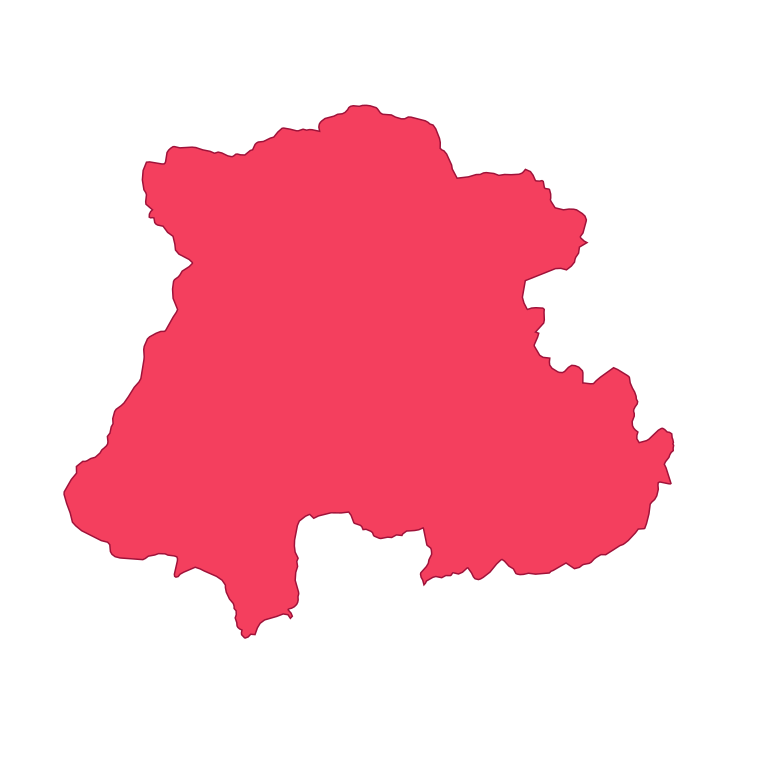 Ba Be, Bắc Kạn, Vietnam, rotated 189°
{"feature_id": "81297802B36883846114124", "entity_name": "Ba Be", "entity_type": "district", "adm_level": 2, "iso_a3": "VNM", "parent_name": "Vietnam", "parent_adm1": "Bắc Kạn", "projection": "robinson", "projection_center": [105.701, 22.41], "detail": "fine", "context": "isolated", "style": "filled", "palette": "rose", "viewbox_px": 768, "rotation_deg": 189, "n_neighbors": 0, "source": "geoboundaries", "source_scale": "gbopen_adm2", "svg_char_len": 6145}
<svg xmlns="http://www.w3.org/2000/svg" viewBox="0 0 768 768"><g transform="rotate(189 384 384)"><path d="M682.7,224.9L678.7,216.3L673.8,207.6L670.1,198.8L666.3,195.7L659.7,191.8L638.8,185.1L632.2,184.5L629.7,182.4L628.0,175.7L626.0,173.2L622.6,171.4L617.5,170.9L594.7,172.8L592.5,174.3L589.8,177.1L583.6,179.3L580.2,181.2L573.6,182.0L570.7,181.2L564.3,181.4L561.6,180.9L560.6,179.1L560.4,176.9L561.3,163.3L560.7,161.3L559.3,160.7L557.2,161.6L555.6,164.3L552.4,166.8L541.8,173.5L536.6,172.6L532.3,171.2L519.3,167.8L513.2,164.9L509.2,160.6L508.8,158.1L507.2,153.7L503.0,147.5L498.5,143.6L497.3,141.1L496.9,138.8L494.6,136.9L493.8,133.0L494.4,129.7L492.1,125.3L491.3,122.1L490.2,120.7L488.3,119.5L485.8,118.8L485.9,116.0L485.4,114.1L482.1,111.5L481.3,111.4L478.6,112.9L476.5,116.0L472.2,116.3L470.9,123.3L468.9,128.3L465.0,132.3L453.5,137.7L447.6,141.1L442.8,141.1L439.8,137.9L438.2,140.3L440.0,143.2L443.3,145.9L443.4,146.4L442.4,147.2L440.2,148.1L437.7,150.0L435.8,152.6L435.1,154.9L435.0,157.3L435.7,160.5L435.4,163.4L435.9,165.2L441.0,176.2L441.7,184.1L440.8,190.3L442.4,195.1L441.6,198.5L445.5,204.1L447.2,210.0L447.9,215.9L447.4,230.7L446.2,235.4L440.9,241.1L437.4,243.4L436.8,243.5L432.4,240.4L428.0,243.5L416.2,248.5L406.0,250.0L398.8,252.0L396.0,249.2L392.1,242.3L391.4,241.8L385.1,240.7L383.5,239.5L381.9,236.9L379.0,237.7L374.0,236.5L372.1,235.4L370.6,232.8L369.8,232.2L364.5,230.9L363.0,230.9L356.4,233.3L352.4,233.6L348.1,236.9L342.6,237.2L342.0,238.9L338.7,242.3L330.8,244.1L326.8,245.5L322.9,248.0L322.3,247.2L316.7,232.3L316.3,231.5L312.3,229.3L311.4,227.8L310.7,225.3L310.3,223.2L312.1,217.4L312.2,213.8L313.6,210.3L318.1,203.3L318.2,201.9L317.1,198.9L315.1,196.4L313.1,191.9L311.9,193.8L311.2,196.1L305.5,200.7L302.7,202.0L296.7,201.7L293.0,204.5L288.6,205.1L287.7,205.8L286.7,208.1L286.1,208.4L280.7,208.0L277.0,210.4L273.0,215.4L272.3,215.5L268.0,211.1L265.5,207.5L263.6,205.9L260.1,205.6L258.1,206.6L255.7,208.6L249.9,214.8L244.6,223.9L241.2,228.3L240.0,229.2L237.3,227.9L232.2,223.7L227.3,221.7L224.1,217.5L222.7,217.1L219.9,217.0L216.4,217.8L211.7,219.7L204.6,219.9L191.2,223.2L189.7,225.2L187.8,226.3L176.2,235.7L167.0,231.4L162.3,233.5L159.6,236.4L158.4,237.1L153.2,239.0L151.5,240.4L149.0,244.1L147.1,246.1L143.1,249.4L138.3,250.1L125.7,261.3L122.8,262.9L121.1,264.5L118.3,267.6L112.4,276.3L110.2,280.5L104.5,281.8L103.9,282.2L102.9,287.2L102.0,297.2L102.3,307.0L101.0,309.3L98.6,312.3L97.1,316.2L96.6,322.9L97.6,327.0L97.7,329.4L96.3,330.4L87.3,330.0L85.6,330.1L85.0,330.7L92.3,345.3L94.6,348.6L93.8,351.3L91.1,356.1L90.6,359.0L89.6,361.4L87.9,363.4L88.4,365.9L88.3,368.6L89.3,370.1L89.0,371.5L90.1,374.5L91.0,376.0L92.0,379.8L94.4,380.9L96.8,380.9L99.7,383.0L101.8,383.8L103.1,383.5L105.8,381.3L113.8,370.8L115.9,369.1L122.8,366.0L125.7,369.4L126.2,372.8L125.7,376.3L128.6,377.9L130.5,379.5L132.1,381.8L133.0,385.7L131.8,391.4L132.2,393.9L133.2,396.1L133.3,397.9L132.4,400.7L130.8,403.9L130.7,406.3L132.4,408.6L133.1,411.4L135.2,415.3L138.0,418.8L141.0,423.6L142.6,428.7L143.3,429.6L144.8,430.4L155.4,434.8L159.8,436.0L171.3,424.6L174.8,420.6L177.2,417.1L180.1,416.5L187.8,416.2L189.3,426.2L190.1,428.1L194.2,431.1L198.1,432.0L201.5,431.8L204.4,429.3L207.6,424.6L209.5,423.2L212.8,422.9L214.3,423.2L220.5,425.8L223.3,428.6L224.1,431.6L224.3,435.5L231.1,435.2L234.7,436.7L241.6,445.1L241.7,446.3L239.6,454.4L239.1,458.3L242.5,459.0L235.8,469.2L235.7,472.4L237.2,480.0L237.4,482.8L239.0,483.8L245.9,483.1L250.1,482.1L253.9,480.1L254.5,480.5L258.4,485.8L260.9,491.3L260.6,508.2L232.7,524.8L227.4,525.9L221.6,525.3L217.4,529.8L214.9,534.2L214.9,536.7L214.5,539.0L212.3,543.7L212.4,549.8L205.6,555.4L208.7,556.5L212.5,559.0L213.1,559.9L213.1,560.5L211.1,564.3L209.8,576.3L209.8,577.8L211.8,581.3L214.7,583.3L221.0,586.1L224.0,586.3L228.7,585.7L234.0,584.1L242.6,584.8L247.8,590.7L248.5,592.1L248.4,593.7L249.1,597.7L250.9,601.8L251.6,602.3L255.3,602.3L256.3,603.0L258.4,609.0L259.8,609.6L262.1,608.7L265.6,608.4L266.4,608.8L269.4,613.5L272.6,616.7L277.9,618.1L279.5,615.3L280.8,613.8L283.4,612.3L291.2,610.6L297.7,609.8L303.2,608.0L308.3,609.1L316.1,608.8L318.8,608.0L321.8,606.0L325.7,605.3L333.0,601.8L344.0,598.7L350.2,607.0L351.5,610.9L358.1,620.9L361.3,623.7L363.1,624.1L365.4,625.5L366.2,631.3L367.6,635.2L372.8,644.1L376.0,647.4L379.4,648.0L381.4,649.3L384.4,650.4L399.0,651.8L401.8,651.5L405.0,649.2L408.2,648.6L414.4,649.4L418.8,650.9L427.5,650.2L430.0,651.2L433.6,654.8L435.0,655.7L441.2,656.6L444.9,656.5L448.8,655.8L451.8,654.4L457.9,654.0L460.5,653.0L462.0,651.5L462.8,649.3L464.9,646.2L467.4,644.4L472.1,643.1L475.2,640.8L483.8,637.0L486.6,634.1L487.7,632.6L488.5,630.7L488.6,628.6L488.5,627.4L487.1,623.5L494.9,623.9L497.5,623.6L500.2,622.6L503.8,623.0L508.2,620.7L510.0,620.4L516.7,621.0L523.1,621.1L524.7,620.6L528.3,616.2L531.5,610.6L534.7,609.1L541.0,604.7L546.1,603.3L547.6,602.1L548.8,600.5L550.4,594.8L552.6,593.7L557.3,588.4L561.6,587.9L564.7,588.2L566.3,587.8L568.1,585.8L569.3,584.9L570.5,584.7L574.0,584.9L580.2,586.8L584.1,587.1L587.5,585.4L592.2,586.6L599.6,586.9L606.8,588.1L610.6,587.9L622.6,585.3L628.1,585.7L629.5,585.4L631.6,583.5L633.3,581.3L634.5,578.7L634.5,569.3L634.9,567.9L635.6,567.0L637.7,566.6L650.2,566.7L653.3,565.9L655.3,557.2L654.6,547.8L651.5,538.3L649.2,535.7L648.2,533.7L647.9,526.7L647.2,524.3L639.9,519.8L641.4,517.9L642.3,515.1L642.0,512.1L640.5,511.6L638.6,512.1L637.2,512.0L635.7,507.6L634.3,506.3L632.5,505.6L626.9,505.3L621.4,499.9L615.5,496.9L612.4,489.3L610.9,483.7L606.9,480.2L595.9,476.5L592.3,474.0L592.1,473.2L594.7,469.5L601.0,463.9L602.6,459.8L603.9,457.6L607.2,454.3L607.9,452.5L607.7,444.7L605.7,435.6L599.5,425.3L600.3,422.4L602.7,417.2L607.9,403.1L608.9,401.7L612.7,401.0L617.0,398.5L622.8,394.0L624.7,391.5L626.7,383.7L626.7,380.5L625.1,373.3L624.9,370.5L625.0,351.3L626.3,347.7L630.2,341.6L634.5,331.4L637.8,324.6L640.2,321.5L644.6,317.1L645.7,314.8L646.5,307.4L645.4,302.4L646.7,299.0L647.0,292.6L649.0,288.9L647.6,283.7L647.6,281.4L648.7,279.1L652.4,274.7L653.7,271.4L657.7,266.5L662.0,264.5L665.2,261.8L667.0,260.8L669.4,260.5L674.9,254.4L673.7,247.9L677.9,240.8L683.0,227.4L682.7,224.9Z" fill="#f43f5e" stroke="#9f1239" stroke-width="1.5"/></g></svg>